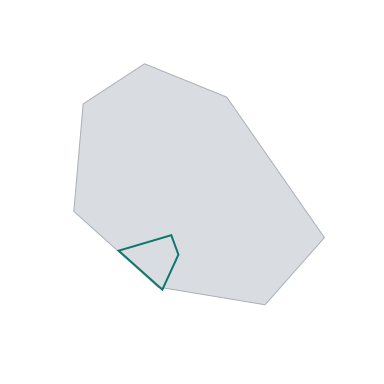 Denigomodu highlighted on a map of Nauru, rotated 299°
{"feature_id": "NRU-4973", "entity_name": "Denigomodu", "entity_type": "state/province", "adm_level": 1, "iso_a3": "NRU", "parent_name": "Nauru", "parent_adm1": "", "projection": "natural_earth1", "projection_center": [166.912, -0.518], "detail": "fine", "context": "in_parent", "style": "outline", "palette": "teal", "viewbox_px": 384, "rotation_deg": 299, "n_neighbors": 0, "source": "natural_earth", "source_scale": "10m", "svg_char_len": 378}
<svg xmlns="http://www.w3.org/2000/svg" viewBox="0 0 384 384"><g transform="rotate(299 192 192)"><path d="M291.8,176.4L216.3,329.9L128.8,310.6L92.4,208.4L117.8,98.0L216.3,54.1L281.1,88.3L291.8,176.4Z" fill="#d9dde1" stroke="#a8b0b8" stroke-width="1"/><path d="M92.2,213.4L105.1,156.3L144.2,194.8L130.6,210.5L92.2,213.4Z" fill="none" stroke="#0f766e" stroke-width="2"/></g></svg>